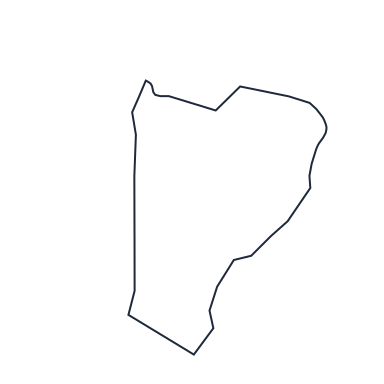 the Prefecture of Labé, rotated 212°
{"feature_id": "GIN-5648", "entity_name": "Labé", "entity_type": "Prefecture", "adm_level": 1, "iso_a3": "GIN", "parent_name": "Guinea", "parent_adm1": "", "projection": "robinson", "projection_center": [-12.332, 11.438], "detail": "fine", "context": "isolated", "style": "outline", "palette": "slate", "viewbox_px": 384, "rotation_deg": 212, "n_neighbors": 0, "source": "natural_earth", "source_scale": "10m", "svg_char_len": 664}
<svg xmlns="http://www.w3.org/2000/svg" viewBox="0 0 384 384"><g transform="rotate(212 192 192)"><path d="M287.3,262.2L284.5,262.0L282.1,260.7L277.6,256.1L274.6,254.9L269.7,256.5L262.5,261.0L215.1,273.7L207.1,307.0L160.6,324.4L139.4,329.9L130.4,328.2L120.6,324.6L117.8,322.9L113.8,319.8L112.2,318.1L110.9,315.7L109.9,312.6L109.6,307.6L110.1,300.8L110.0,298.0L109.3,293.8L105.5,279.4L101.0,268.0L93.8,258.1L95.4,217.9L101.7,196.5L108.0,169.3L120.5,156.5L120.5,125.0L114.3,100.7L101.7,87.8L104.3,55.1L180.8,54.1L188.3,77.8L213.4,117.8L249.3,174.9L269.9,210.8L285.0,227.9L287.5,245.1L290.2,262.0L287.3,262.2Z" fill="none" stroke="#1e293b" stroke-width="2"/></g></svg>